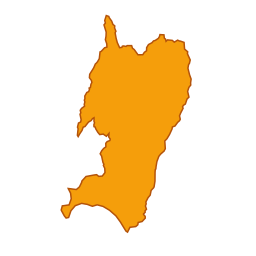 Peñuelas, Puerto Rico (Natural Earth projection), rotated 15°
{"feature_id": "32010507B14079989067624", "entity_name": "Peñuelas", "entity_type": "district", "adm_level": 2, "iso_a3": "PRI", "parent_name": "Puerto Rico", "parent_adm1": "", "projection": "natural_earth1", "projection_center": [-66.73, 18.055], "detail": "fine", "context": "isolated", "style": "filled", "palette": "amber", "viewbox_px": 256, "rotation_deg": 15, "n_neighbors": 0, "source": "geoboundaries", "source_scale": "gbopen_adm2", "svg_char_len": 2807}
<svg xmlns="http://www.w3.org/2000/svg" viewBox="0 0 256 256"><g transform="rotate(15 128 128)"><path d="M160.0,30.8L156.1,30.5L155.4,30.7L153.2,30.3L150.5,33.1L148.1,31.9L143.3,32.7L142.3,34.4L141.2,32.4L139.9,31.9L138.6,28.7L134.7,29.5L134.7,31.7L134.1,33.6L131.6,36.4L130.1,37.3L129.1,39.4L126.2,42.1L125.2,45.5L125.9,48.6L124.2,50.7L123.3,53.4L118.7,54.7L113.7,50.6L111.7,49.8L110.2,47.5L105.9,48.6L105.0,49.7L102.5,49.9L101.4,50.4L101.2,51.7L99.1,52.6L95.5,48.2L93.2,44.2L90.9,39.3L91.3,37.7L89.1,34.8L88.8,32.8L86.6,31.8L84.6,29.0L81.3,26.3L80.6,25.2L77.9,25.0L77.7,30.2L79.0,32.5L78.1,34.6L82.1,41.0L83.0,45.0L83.3,48.6L85.7,52.2L86.7,55.3L84.6,56.6L82.3,60.9L81.3,61.7L82.3,68.4L81.4,71.9L80.6,73.6L79.9,74.6L79.4,78.1L79.2,79.1L77.1,86.0L77.7,89.4L80.3,91.5L81.3,93.3L80.9,95.4L81.2,98.7L80.1,99.5L80.8,100.8L80.6,103.0L79.0,104.4L78.0,108.3L78.8,110.9L78.6,112.4L79.6,114.0L79.6,116.5L80.4,118.2L78.1,121.0L77.3,123.2L78.5,125.6L78.1,127.1L80.6,132.2L80.7,134.5L78.9,136.0L79.0,140.3L80.0,141.6L81.0,148.1L82.1,149.2L82.9,146.1L84.2,142.3L84.5,138.8L86.1,137.7L88.3,132.5L90.5,130.3L91.3,128.1L92.5,126.9L93.4,130.3L94.3,131.6L94.2,133.7L94.8,135.5L96.1,135.6L97.0,137.1L100.0,140.0L102.4,141.7L105.6,140.3L109.3,141.6L111.0,138.2L111.7,141.6L113.7,143.3L113.7,144.8L111.4,146.5L110.5,148.5L111.5,152.0L109.8,154.0L108.5,156.8L107.8,160.1L109.8,162.0L112.7,167.7L114.1,169.3L113.9,170.5L116.0,173.0L117.3,177.0L115.6,181.1L112.2,182.3L109.8,181.2L107.6,182.1L100.0,185.7L97.2,191.1L97.3,192.5L96.4,197.1L96.0,198.0L94.0,200.8L85.9,201.9L86.1,202.2L86.7,202.8L89.1,205.5L89.4,205.8L91.3,210.6L91.5,211.1L91.0,217.5L85.7,219.8L84.7,220.2L84.7,224.5L85.2,225.1L88.5,228.6L89.4,229.5L91.5,231.0L92.3,230.6L93.8,229.8L94.3,222.7L97.2,216.6L97.3,216.6L102.7,212.8L106.5,212.5L108.2,212.3L108.4,212.3L111.3,212.6L113.9,212.8L118.1,210.2L123.9,210.2L124.3,210.2L124.6,210.3L128.9,211.5L131.6,212.3L135.0,214.0L138.9,215.9L139.2,216.1L144.9,220.7L152.7,228.1L154.5,228.7L155.6,223.4L161.0,221.2L162.5,219.0L162.3,216.6L165.8,214.7L168.0,210.6L167.4,208.8L166.6,208.4L165.3,207.3L165.2,206.9L165.3,206.6L165.6,206.4L166.4,204.9L165.9,203.6L166.9,201.7L165.0,198.8L165.2,196.6L164.4,194.8L165.4,190.1L166.8,187.1L166.5,182.3L168.3,178.9L168.4,177.8L167.8,172.3L165.6,163.8L165.1,161.0L165.2,160.9L165.5,160.4L165.1,158.1L164.6,153.0L165.1,147.5L166.2,144.9L168.9,140.8L169.0,139.9L169.4,138.4L166.9,131.0L168.4,128.3L169.8,123.4L170.8,117.5L170.6,115.5L172.9,113.9L174.5,109.7L175.9,107.6L176.2,106.0L174.6,102.9L175.0,99.9L176.1,94.7L175.2,93.4L175.7,91.7L177.2,90.0L177.5,84.8L178.9,82.4L176.1,77.2L176.3,73.0L177.5,70.3L176.8,68.3L176.3,64.4L173.7,60.7L170.4,54.7L170.1,50.9L170.6,49.9L170.5,46.2L166.2,40.9L165.9,38.9L162.2,37.1L160.0,30.8Z" fill="#f59e0b" stroke="#b45309" stroke-width="1.5"/></g></svg>